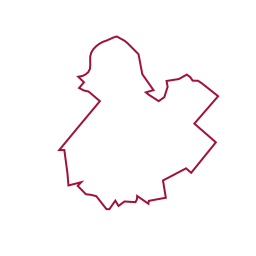 Severiano de Almeida, Rio Grande do Sul, Brazil, rotated 310°
{"feature_id": "56859067B97276934457423", "entity_name": "Severiano de Almeida", "entity_type": "district", "adm_level": 2, "iso_a3": "BRA", "parent_name": "Brazil", "parent_adm1": "Rio Grande do Sul", "projection": "albers", "projection_center": [-52.105, -27.41], "detail": "fine", "context": "isolated", "style": "outline", "palette": "rose", "viewbox_px": 256, "rotation_deg": 310, "n_neighbors": 0, "source": "geoboundaries", "source_scale": "gbopen_adm2", "svg_char_len": 955}
<svg xmlns="http://www.w3.org/2000/svg" viewBox="0 0 256 256"><g transform="rotate(310 128 128)"><path d="M135.3,56.9L134.7,64.9L127.2,64.8L128.4,70.1L130.6,74.4L130.5,89.2L94.3,89.3L66.9,89.5L70.2,93.4L54.2,110.9L45.7,119.3L56.4,127.0L51.3,126.7L50.2,138.4L52.9,142.4L55.4,147.5L52.0,163.6L53.8,165.9L64.2,165.0L62.2,170.8L69.5,172.6L76.0,181.4L79.4,180.6L81.8,178.7L83.1,192.3L85.6,190.8L98.9,201.8L110.3,188.5L123.4,193.9L134.4,198.4L134.3,205.2L173.5,204.5L174.0,176.0L203.5,176.5L210.3,176.6L209.7,155.7L209.2,151.3L205.8,147.0L207.0,143.1L206.7,138.7L198.2,135.5L188.8,127.3L185.0,131.9L174.9,136.0L168.3,134.2L166.8,122.2L166.8,118.8L173.4,123.2L178.4,104.4L191.3,88.6L192.7,72.9L192.6,69.1L190.9,60.6L187.9,58.6L184.9,57.2L181.1,55.3L178.1,53.5L175.4,52.4L172.4,51.5L169.7,51.0L165.9,50.8L161.7,51.5L158.2,53.3L154.5,56.4L152.0,58.6L148.9,60.8L145.1,61.7L142.0,61.1L138.8,59.8L135.3,56.9Z" fill="none" stroke="#9f1239" stroke-width="2"/></g></svg>